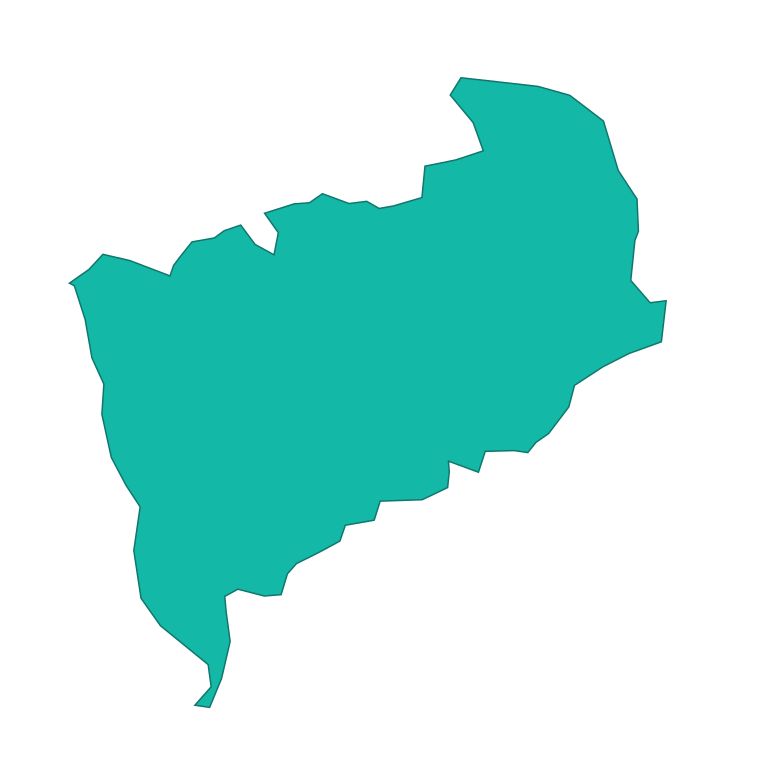 the district of Psathi, Paphos, Cyprus, rotated 260°
{"feature_id": "46923920B43405779194913", "entity_name": "Psathi", "entity_type": "district", "adm_level": 2, "iso_a3": "CYP", "parent_name": "Cyprus", "parent_adm1": "Paphos", "projection": "mercator", "projection_center": [32.534, 34.892], "detail": "fine", "context": "isolated", "style": "filled", "palette": "teal", "viewbox_px": 768, "rotation_deg": 260, "n_neighbors": 0, "source": "geoboundaries", "source_scale": "gbopen_adm2", "svg_char_len": 1212}
<svg xmlns="http://www.w3.org/2000/svg" viewBox="0 0 768 768"><g transform="rotate(260 384 384)"><path d="M100.5,142.0L95.8,156.1L122.0,172.8L157.2,187.8L187.1,189.0L202.5,190.3L207.3,204.4L196.0,229.3L194.4,246.1L213.8,255.9L222.4,266.7L229.4,290.5L237.0,313.3L251.6,321.4L251.6,350.7L269.3,359.9L263.4,401.6L271.0,428.7L286.1,433.0L296.8,434.1L280.7,461.7L300.1,472.0L295.8,500.7L291.5,513.7L300.1,523.5L306.6,537.5L329.3,562.0L349.6,571.4L363.0,602.7L371.5,630.6L377.4,664.5L417.0,676.3L417.8,660.2L443.1,645.0L481.8,656.0L490.3,661.1L522.3,665.3L530.0,661.9L553.5,651.8L604.8,645.8L636.0,617.1L650.3,587.4L661.3,550.2L672.1,513.4L672.2,513.0L657.1,499.4L625.9,517.2L596.4,522.3L592.2,493.5L591.4,462.2L561.0,453.7L557.7,424.1L557.7,409.7L566.9,398.7L567.8,380.9L582.1,356.4L575.4,342.0L577.0,326.8L572.9,296.0L551.4,306.2L530.3,298.1L543.8,281.3L565.4,270.5L562.7,253.2L557.3,242.3L557.3,219.6L544.9,205.5L537.3,197.4L527.6,192.0L549.7,155.1L560.5,129.7L548.1,113.4L537.9,91.7L534.6,96.1L499.3,100.9L460.5,100.9L432.5,108.1L403.2,100.9L359.0,102.7L329.2,112.3L305.3,122.5L263.5,108.7L215.2,107.5L184.7,121.9L138.2,162.1L115.8,161.2L100.5,142.0Z" fill="#14b8a6" stroke="#0f766e" stroke-width="1.5"/></g></svg>